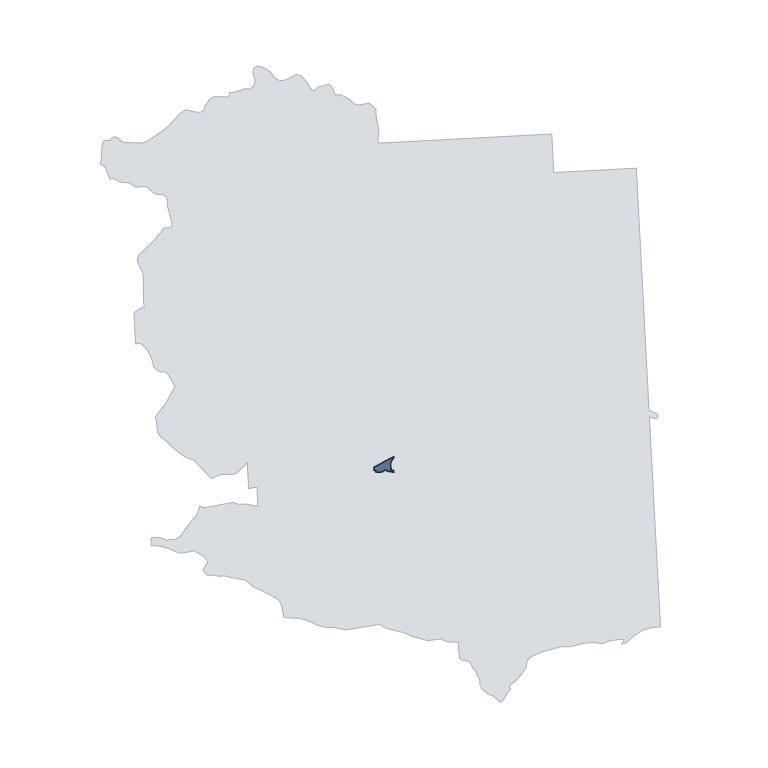 location of Um Durman, Khartoum, Sudan, rotated 87°
{"feature_id": "16777658B47170165092486", "entity_name": "Um Durman", "entity_type": "district", "adm_level": 2, "iso_a3": "SDN", "parent_name": "Sudan", "parent_adm1": "Khartoum", "projection": "mercator", "projection_center": [32.429, 15.44], "detail": "fine", "context": "in_parent", "style": "filled", "palette": "slate", "viewbox_px": 768, "rotation_deg": 87, "n_neighbors": 0, "source": "geoboundaries", "source_scale": "gbopen_adm2", "svg_char_len": 5352}
<svg xmlns="http://www.w3.org/2000/svg" viewBox="0 0 768 768"><g transform="rotate(87 384 384)"><path d="M533.1,624.8L525.9,624.8L525.1,623.1L525.2,618.3L526.0,614.8L528.7,609.1L528.0,606.0L528.4,601.6L526.5,596.6L509.2,582.1L505.8,578.1L496.5,574.4L498.1,570.3L494.3,540.5L496.2,537.1L496.7,531.9L496.7,527.3L498.9,519.7L499.2,516.4L480.7,516.2L480.5,519.5L481.3,523.2L481.3,524.6L455.6,524.7L465.9,536.4L466.4,541.6L465.8,547.9L465.9,552.0L466.5,554.7L469.3,559.9L469.1,560.9L468.5,562.1L450.3,577.7L447.2,584.9L444.8,588.7L439.5,595.0L422.9,611.6L420.2,612.7L407.5,613.3L406.3,613.7L405.3,614.4L404.8,614.2L393.9,604.5L375.7,592.8L363.7,598.9L360.4,601.1L360.3,606.8L358.5,609.6L355.3,612.8L346.3,614.8L341.7,616.5L336.2,619.6L330.8,624.9L330.4,627.6L331.0,630.1L300.2,630.0L298.2,628.0L293.8,619.3L290.6,619.9L262.6,618.8L258.6,619.7L250.6,623.3L246.6,623.9L242.4,622.3L227.7,605.0L224.5,603.0L221.1,598.9L218.0,597.1L216.9,595.7L216.6,593.9L216.7,590.1L215.6,587.7L213.3,587.2L193.5,591.2L190.7,590.8L186.5,591.5L185.1,592.2L183.4,594.4L183.1,599.2L182.6,601.5L181.1,604.1L175.4,610.0L174.2,612.5L174.5,619.0L174.1,622.2L173.2,623.7L170.8,626.2L169.9,627.6L168.9,635.9L165.8,640.8L165.1,642.6L164.9,646.2L164.4,647.3L155.5,650.1L152.1,651.9L150.1,654.7L149.6,655.9L145.7,654.9L140.8,654.2L131.5,653.3L127.8,652.0L126.0,650.1L126.6,645.1L125.6,644.0L124.1,643.1L123.1,641.0L123.3,638.4L128.3,632.6L129.3,629.5L130.6,615.1L130.2,610.6L126.3,602.5L117.3,588.5L115.1,585.7L103.9,574.2L102.6,572.5L99.8,567.6L102.8,556.9L103.0,553.9L102.3,550.8L99.4,548.5L96.9,548.3L93.5,545.4L91.4,544.1L89.4,541.6L88.1,538.0L89.1,525.4L88.4,523.7L85.5,523.2L84.9,522.3L85.0,519.9L83.4,512.7L81.7,506.7L82.6,503.4L80.2,498.9L75.6,496.9L66.6,498.4L63.8,498.2L61.9,497.4L60.6,495.7L59.9,493.7L60.5,490.8L63.1,485.4L66.2,481.0L72.7,476.9L74.4,474.8L75.4,472.4L75.6,469.6L75.2,466.7L74.4,464.1L72.5,460.6L70.8,456.4L70.7,453.7L71.6,451.7L73.3,449.3L79.7,444.6L86.3,440.6L87.4,439.3L87.0,437.6L84.0,434.4L83.0,428.1L81.4,423.8L84.7,420.5L87.2,419.3L91.0,418.3L92.5,416.9L93.0,414.3L92.8,411.8L94.2,409.9L96.1,405.9L97.6,404.0L102.6,399.3L103.7,396.3L104.1,393.4L102.7,384.5L105.6,380.8L109.3,377.7L114.6,377.9L122.9,377.2L128.6,375.9L132.6,376.0L141.8,377.6L142.7,376.9L143.2,374.6L143.1,203.4L181.2,203.4L181.7,203.2L181.7,120.7L422.3,120.7L424.3,120.4L428.1,112.6L429.7,112.1L432.2,112.5L433.0,114.3L431.0,120.7L641.0,120.6L641.4,130.1L643.1,137.7L649.1,148.5L654.1,154.3L656.0,157.5L656.1,159.0L655.9,160.4L654.4,158.8L651.8,157.7L651.4,162.8L652.6,173.1L654.8,180.3L653.2,187.0L653.4,198.3L656.1,211.8L655.6,220.4L659.9,240.5L664.2,251.6L666.5,254.3L669.1,255.8L674.2,256.7L681.6,262.3L687.5,268.3L689.5,271.4L692.4,274.8L694.3,274.2L695.5,273.3L697.5,276.1L706.8,282.0L708.1,284.8L704.8,287.5L700.9,292.1L699.0,296.4L698.0,297.8L694.9,300.5L694.4,301.8L693.1,302.6L691.6,302.7L688.4,304.2L685.6,303.7L682.7,304.5L681.6,305.5L679.3,306.4L676.2,306.9L671.3,310.6L667.1,312.4L665.7,313.8L663.5,321.1L661.8,323.0L655.6,323.2L652.5,323.8L648.3,323.0L646.3,323.1L645.8,324.6L645.0,330.8L645.1,333.5L641.6,340.6L642.6,353.8L639.2,363.7L638.8,366.0L635.3,373.8L633.6,376.7L629.2,391.3L627.5,395.8L623.8,400.5L627.6,435.5L624.5,446.2L624.6,452.0L622.4,460.6L620.7,464.6L617.9,469.3L615.5,474.7L613.5,481.7L612.2,495.1L611.5,496.3L600.4,497.9L596.9,498.9L594.6,500.3L591.7,503.8L586.1,513.1L583.1,518.9L578.5,526.7L573.1,532.2L571.9,534.9L571.0,540.0L569.0,547.9L567.2,553.5L567.5,558.1L565.8,565.9L566.1,569.7L564.2,571.9L561.6,573.9L559.9,574.4L552.2,569.1L546.8,572.8L543.4,577.8L540.7,583.0L542.3,593.8L542.1,596.2L541.4,598.8L536.2,609.4L534.7,614.3L533.2,622.8L533.1,624.8Z" fill="#d9dde1" stroke="#a8b0b8" stroke-width="1"/><path d="M471.5,396.8L471.5,396.6L471.6,396.4L471.6,396.2L471.7,395.5L471.8,395.3L471.9,394.9L472.0,394.6L472.0,394.2L471.9,393.8L471.9,393.6L471.9,393.4L471.8,393.2L471.8,392.8L471.8,392.3L471.9,392.1L472.0,392.0L472.0,391.7L471.8,391.2L471.6,390.8L471.6,390.5L471.6,390.3L471.6,390.2L471.4,389.8L471.4,389.6L471.1,389.3L470.9,389.0L470.7,388.8L470.7,388.6L470.2,387.4L470.2,387.1L470.2,386.8L470.2,386.7L470.1,386.2L470.3,385.9L470.5,385.7L470.8,385.6L471.0,385.5L471.3,385.3L471.3,385.1L471.3,384.8L471.3,384.5L471.4,384.4L471.5,384.0L471.5,383.7L471.6,383.4L471.7,383.2L471.8,383.1L471.9,382.9L472.0,382.6L472.1,382.4L472.0,381.9L471.9,381.7L471.9,381.3L472.0,381.1L472.0,380.8L472.1,380.6L472.2,380.3L472.5,380.0L472.6,379.7L472.6,379.3L472.7,379.1L472.7,378.9L472.4,378.9L472.2,378.9L471.9,378.9L471.6,378.9L471.5,379.0L471.3,379.0L470.9,379.0L470.7,379.0L470.7,379.4L470.7,379.7L470.7,380.0L470.7,380.5L470.6,381.1L470.5,381.3L470.3,381.3L470.3,381.1L470.0,381.1L469.8,381.2L469.6,381.4L469.5,381.5L469.2,381.4L468.7,381.2L468.6,381.3L468.5,381.5L468.4,381.6L468.1,381.5L467.8,381.5L464.9,381.6L463.5,381.6L463.4,381.5L462.2,381.0L460.1,379.6L459.3,379.0L458.5,378.4L458.0,378.1L457.3,378.0L457.2,378.0L457.6,379.1L458.2,380.5L459.3,383.0L460.0,384.5L461.0,386.8L461.5,388.0L461.9,388.3L462.9,390.6L463.7,392.1L465.1,395.1L465.5,396.0L465.6,396.3L466.2,397.4L466.3,397.7L466.6,398.2L466.6,398.3L467.8,398.4L469.7,398.5L469.7,398.3L469.6,398.1L469.8,397.9L469.9,397.6L469.9,397.4L469.9,397.1L470.0,396.9L470.3,396.6L470.5,396.7L470.6,396.8L470.9,396.9L471.1,396.9L471.5,396.8Z" fill="#64748b" stroke="#1e293b" stroke-width="1.5"/></g></svg>